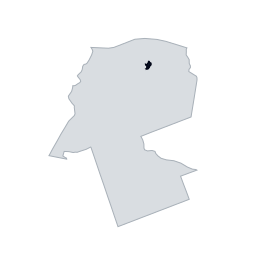 Santiago Atitlán, Sololá, Guatemala (highlighted), rotated 159°
{"feature_id": "79465075B45388350866104", "entity_name": "Santiago Atitlán", "entity_type": "district", "adm_level": 2, "iso_a3": "GTM", "parent_name": "Guatemala", "parent_adm1": "Sololá", "projection": "mercator", "projection_center": [-91.211, 14.599], "detail": "fine", "context": "in_parent", "style": "filled", "palette": "ink", "viewbox_px": 256, "rotation_deg": 159, "n_neighbors": 0, "source": "geoboundaries", "source_scale": "gbopen_adm2", "svg_char_len": 2670}
<svg xmlns="http://www.w3.org/2000/svg" viewBox="0 0 256 256"><g transform="rotate(159 128 128)"><path d="M44.3,181.7L45.4,180.6L46.3,178.1L47.5,175.4L46.8,172.4L46.4,169.9L47.7,166.3L47.5,163.6L48.1,162.0L50.0,160.9L51.0,158.9L45.6,151.8L45.6,150.2L46.3,148.2L50.7,140.6L55.9,131.6L61.7,121.7L65.2,115.7L77.8,115.7L86.2,115.7L96.8,115.7L108.3,115.7L115.9,115.6L119.0,115.6L118.5,111.7L118.9,107.4L120.3,103.5L120.3,101.7L118.0,99.6L113.6,98.4L111.2,96.5L111.2,94.2L110.1,91.3L108.0,87.9L103.6,84.5L96.9,81.0L91.2,76.2L86.6,70.3L82.6,66.5L79.5,64.9L78.8,64.0L87.8,64.1L96.2,64.2L96.3,55.6L96.3,48.0L96.4,39.5L111.7,39.5L130.0,39.5L149.0,39.5L163.9,39.5L172.7,39.5L172.3,50.2L171.8,62.5L171.5,71.5L171.0,83.5L170.6,95.8L169.9,112.5L169.5,123.3L169.7,123.6L174.7,123.1L182.1,123.5L183.9,123.5L186.1,124.4L187.9,124.7L191.6,127.1L196.0,129.0L198.8,125.3L197.3,123.0L196.2,121.9L196.4,120.9L211.7,130.5L209.9,132.0L206.0,135.4L198.9,141.2L192.6,146.5L186.5,151.2L181.1,155.5L180.4,155.9L173.5,158.9L172.3,160.4L170.8,166.4L170.1,167.9L171.4,171.2L172.7,176.4L172.3,179.1L167.5,182.4L165.3,185.4L164.3,187.3L163.4,186.8L161.9,186.6L158.5,187.4L156.9,187.6L155.5,188.4L155.3,190.3L156.3,193.3L156.6,194.8L155.6,195.5L151.4,197.3L149.7,199.1L148.1,201.9L146.3,203.1L144.4,202.8L143.0,203.2L140.1,205.3L135.7,209.3L133.3,212.3L133.3,214.5L133.7,216.5L117.7,209.5L112.3,208.3L89.8,208.4L80.2,205.6L69.2,200.3L61.7,195.4L44.3,181.7Z" fill="#d9dde1" stroke="#a8b0b8" stroke-width="1"/><path d="M84.7,182.7L84.9,182.6L85.0,182.5L84.9,182.4L84.9,182.2L85.0,182.1L85.4,181.7L85.9,181.4L86.2,181.3L86.4,181.2L86.6,181.1L87.2,180.3L87.2,180.2L87.3,180.2L87.5,180.2L87.8,180.3L88.0,180.5L88.7,181.1L88.8,180.7L88.8,180.4L88.7,180.2L88.4,179.9L88.2,179.8L88.1,179.6L88.0,179.4L88.0,179.2L88.2,178.9L88.2,178.7L88.4,178.5L88.5,178.3L88.6,178.1L88.7,177.7L88.8,177.4L88.9,177.2L89.0,177.1L89.2,176.9L89.3,176.9L89.5,176.8L89.5,176.7L89.4,176.7L89.5,176.7L89.4,176.6L89.2,176.6L89.3,176.5L89.2,176.5L89.1,176.4L89.0,176.2L88.9,176.2L88.7,176.2L88.4,176.2L88.2,176.2L88.0,176.3L87.9,176.2L87.7,176.3L87.6,176.5L87.4,176.5L87.2,176.7L86.9,176.6L86.7,176.6L86.8,176.6L86.7,176.7L86.7,176.9L86.5,177.0L86.4,177.2L86.3,177.3L86.4,177.5L86.2,177.5L86.1,177.8L86.3,177.9L86.2,177.9L86.2,178.0L86.0,178.3L85.9,178.4L85.9,178.5L85.7,178.6L85.6,178.8L85.4,178.9L85.3,178.7L85.3,178.4L85.2,178.3L85.2,178.2L84.9,178.2L84.5,178.4L84.3,178.6L84.0,178.9L83.8,179.1L83.6,179.4L83.7,179.5L83.7,179.9L83.7,180.1L83.5,180.4L83.5,180.5L83.8,180.8L84.1,180.9L84.2,181.0L84.3,181.1L84.5,181.6L84.7,181.9L84.7,182.0L84.4,182.3L84.5,182.5L84.7,182.7Z" fill="#0f172a" stroke="#020617" stroke-width="1.5"/></g></svg>